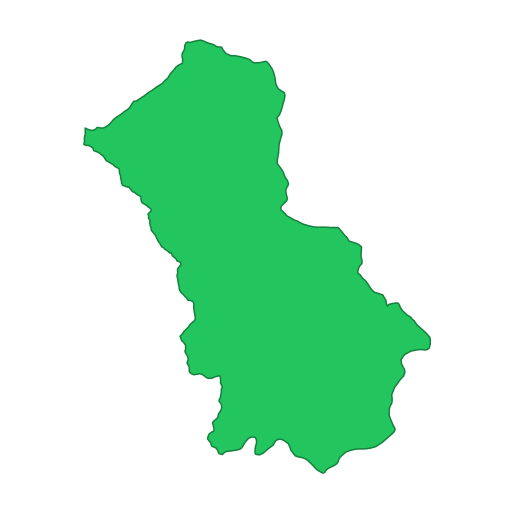 outline of Bjoka, Shemgang, Bhutan, rotated 5°
{"feature_id": "84629894B39816356167412", "entity_name": "Bjoka", "entity_type": "district", "adm_level": 2, "iso_a3": "BTN", "parent_name": "Bhutan", "parent_adm1": "Shemgang", "projection": "natural_earth1", "projection_center": [91.071, 26.964], "detail": "fine", "context": "isolated", "style": "filled", "palette": "green", "viewbox_px": 512, "rotation_deg": 5, "n_neighbors": 0, "source": "geoboundaries", "source_scale": "gbopen_adm2", "svg_char_len": 6085}
<svg xmlns="http://www.w3.org/2000/svg" viewBox="0 0 512 512"><g transform="rotate(5 256 256)"><path d="M74.7,143.6L75.3,149.1L74.8,152.3L74.8,154.6L75.2,156.6L74.8,159.8L75.6,160.3L77.9,160.6L79.7,160.5L82.2,161.6L83.5,162.2L84.4,162.8L84.5,163.7L85.2,165.1L87.3,165.8L89.0,166.2L91.0,167.1L92.3,168.1L94.6,169.4L95.4,170.1L98.6,174.2L102.1,175.6L103.8,176.6L105.4,177.2L107.5,179.0L112.0,181.0L112.3,181.7L112.6,184.3L113.0,185.8L113.9,187.4L114.4,190.1L115.5,193.6L115.7,195.2L116.8,196.9L117.7,197.5L119.2,197.7L120.1,198.1L121.2,198.4L123.8,198.6L124.3,199.4L124.8,200.0L125.7,200.8L126.5,201.8L127.4,202.6L128.0,202.9L129.6,203.2L131.1,204.5L135.0,206.3L136.2,207.4L136.6,210.1L137.4,212.1L138.0,212.9L142.9,215.3L143.9,216.3L145.9,217.5L147.0,218.2L147.6,219.1L147.5,220.0L147.3,220.6L145.9,222.2L144.9,223.4L144.9,224.1L145.5,225.5L145.7,227.7L147.5,230.3L147.2,231.7L147.4,233.1L147.7,233.9L148.1,235.3L148.9,236.5L149.1,237.8L149.3,239.2L154.4,244.7L155.3,246.6L157.2,249.7L159.2,252.0L160.7,254.2L161.5,255.2L163.4,256.0L164.7,257.3L165.6,257.6L167.9,259.0L169.4,260.2L170.0,260.5L170.9,260.2L172.0,261.3L172.3,262.3L172.7,263.1L175.9,265.3L177.1,266.5L177.8,267.8L179.9,268.4L181.4,269.2L181.9,270.2L182.1,271.0L181.3,272.0L180.2,273.9L179.2,275.2L179.0,276.6L179.5,279.9L179.0,281.8L179.1,283.0L179.4,284.1L180.0,285.3L180.2,287.2L181.0,289.2L181.0,290.3L181.8,292.4L182.6,296.0L183.5,297.7L185.4,299.7L186.8,300.5L188.1,302.0L190.0,303.5L191.0,304.5L191.9,305.8L192.9,306.1L194.7,306.1L196.3,306.5L197.7,307.4L198.3,309.5L198.5,312.9L198.7,313.8L199.0,315.4L199.6,317.8L200.6,321.4L201.0,323.9L200.5,325.4L199.8,326.4L198.7,327.3L197.5,328.6L195.8,330.6L195.3,332.1L190.4,337.9L190.1,338.9L189.1,340.4L187.7,342.1L187.4,342.7L189.4,347.0L190.3,347.4L191.7,348.7L193.5,350.8L193.6,351.8L193.8,352.6L194.0,354.9L193.6,356.6L193.6,357.5L194.3,358.7L196.5,361.7L196.7,362.7L197.5,363.9L197.4,365.3L196.8,367.9L196.8,369.1L198.2,370.9L198.8,372.0L199.2,373.3L199.7,377.1L200.3,377.7L201.5,378.7L204.0,379.7L206.8,379.2L210.1,378.2L212.4,378.6L215.4,380.2L217.2,381.5L219.2,382.0L221.5,381.8L222.9,381.5L224.6,380.5L227.0,379.5L229.9,378.5L230.9,379.2L231.7,384.1L231.7,385.8L233.6,388.7L233.8,390.2L233.2,390.8L233.1,392.2L233.3,395.0L232.9,398.6L232.8,400.6L232.2,401.7L231.8,402.5L232.0,404.2L233.5,405.4L234.4,407.0L235.0,409.2L235.0,410.2L234.8,411.8L234.2,413.2L233.6,414.5L232.8,415.7L232.3,417.2L232.2,419.1L232.0,420.1L231.5,420.9L227.5,425.0L227.4,426.5L228.4,429.1L228.6,429.9L229.2,431.7L229.3,432.7L229.2,433.7L228.6,434.5L227.1,435.3L225.4,436.9L224.7,437.7L224.4,438.5L223.9,440.3L223.7,441.8L223.9,442.6L224.4,443.3L225.9,444.9L227.0,445.7L227.3,446.4L227.8,447.9L228.1,448.5L228.7,449.4L231.7,450.3L233.2,451.1L233.9,451.9L234.3,452.5L234.8,453.1L235.2,453.9L235.4,454.6L236.1,455.8L236.7,456.2L239.9,456.7L240.3,456.0L242.8,453.5L248.5,452.3L254.8,450.7L257.1,449.7L258.6,448.2L261.5,442.3L264.0,438.8L266.4,437.0L268.4,436.6L270.6,436.7L271.5,437.4L272.3,438.8L272.8,441.5L272.5,444.2L272.1,445.8L272.0,447.6L272.1,451.6L272.3,452.7L273.0,453.5L274.3,453.7L276.9,453.8L280.6,451.6L284.7,447.2L289.5,443.0L290.5,440.7L291.6,438.5L292.7,437.5L295.3,436.4L298.0,436.6L300.8,437.8L304.4,440.0L306.2,442.9L307.5,446.1L310.1,449.1L312.6,451.7L315.3,452.4L320.1,452.9L322.7,453.7L324.5,454.6L328.7,457.7L334.9,463.3L338.2,465.1L341.1,466.3L342.2,466.3L343.3,465.5L344.7,463.0L346.3,461.4L351.6,458.2L354.3,456.2L355.5,454.5L356.0,452.4L356.7,450.0L359.2,447.0L363.0,443.2L367.8,441.1L372.5,439.6L381.8,438.6L387.4,437.2L392.0,435.4L397.7,431.0L408.4,419.9L409.1,418.5L409.5,417.4L409.6,416.3L409.3,415.4L407.2,412.5L402.7,403.6L402.2,400.0L402.1,397.9L402.3,396.1L402.7,394.0L404.1,390.7L404.2,388.6L404.0,385.5L403.4,383.7L403.4,381.8L405.7,374.4L408.2,370.6L409.7,367.8L411.3,365.4L413.5,362.7L413.8,361.4L414.3,360.2L414.4,358.7L414.2,357.4L413.6,355.6L413.0,354.9L410.5,351.0L409.5,346.9L411.1,343.6L412.7,341.2L418.6,337.3L424.8,335.4L428.3,334.8L432.5,334.9L434.8,334.3L436.6,332.6L437.3,328.6L437.0,325.5L436.3,321.8L435.4,321.1L431.8,317.6L422.4,310.6L419.1,306.7L416.6,304.9L415.6,303.5L411.6,301.6L406.3,297.4L404.7,295.2L402.1,290.9L400.3,290.4L396.3,291.4L392.7,292.6L391.2,294.2L390.1,292.3L389.5,289.6L388.3,287.4L386.6,285.2L386.3,284.4L385.6,283.7L379.5,282.2L378.0,282.1L376.5,281.3L373.5,278.9L369.8,274.0L367.5,271.3L363.8,268.6L361.4,265.7L359.3,264.3L358.7,263.5L358.8,261.9L359.3,259.1L360.3,256.7L362.2,254.2L362.0,251.3L360.6,247.2L360.3,237.7L359.6,237.1L356.9,235.4L354.5,234.6L347.4,233.0L344.7,229.3L342.5,227.6L336.4,221.3L334.8,220.5L330.1,220.9L327.5,221.2L324.6,221.1L320.0,221.4L315.7,221.9L311.0,222.0L309.3,221.7L305.6,221.3L303.5,220.8L300.4,220.2L296.8,218.9L295.1,217.9L291.3,216.9L285.4,214.2L283.3,213.3L282.3,212.7L281.6,211.5L278.3,208.9L276.7,207.5L276.5,205.9L277.0,204.0L281.8,198.2L282.3,196.2L280.7,191.5L280.0,188.7L280.1,186.4L281.5,183.6L282.1,181.4L281.7,180.2L281.0,178.7L279.7,176.6L278.5,175.8L275.6,169.7L272.5,165.8L269.3,162.4L268.9,160.1L268.9,158.0L269.5,151.6L269.3,142.9L270.5,135.4L271.3,132.5L270.8,128.8L268.2,124.7L266.6,121.1L265.5,118.4L264.7,116.9L267.1,113.2L268.5,108.6L270.6,97.3L270.8,94.6L270.8,93.2L270.0,90.9L263.6,87.5L260.8,83.1L259.4,76.9L257.7,72.1L256.1,68.7L252.0,63.5L249.8,61.6L248.5,61.2L246.7,61.9L242.8,63.0L238.3,63.7L235.8,63.3L233.5,61.5L231.9,60.6L227.8,59.6L222.8,58.8L217.8,58.3L213.4,58.6L208.4,56.9L205.3,53.6L204.2,51.9L203.5,51.0L198.7,50.9L195.6,49.2L189.0,47.8L185.0,46.4L182.0,45.7L175.7,47.5L171.9,49.0L169.2,48.8L167.7,49.7L166.7,52.5L166.8,55.9L166.1,58.0L164.8,60.7L164.9,63.7L165.9,66.6L165.8,70.4L162.5,72.4L159.8,74.8L157.8,77.9L154.7,82.0L152.5,86.6L149.9,89.1L147.6,92.3L142.1,96.4L137.5,100.5L135.7,101.6L130.7,106.2L124.9,110.7L123.1,112.1L120.8,112.5L118.9,115.7L117.4,118.9L115.4,121.2L112.4,123.5L109.9,125.9L107.6,127.9L105.9,129.0L102.3,132.3L98.8,137.3L95.4,140.3L93.0,141.6L91.2,142.1L90.4,141.9L86.5,141.8L85.3,143.5L83.6,144.7L81.1,145.2L79.3,144.9L76.8,144.3L75.6,143.7L74.7,143.6Z" fill="#22c55e" stroke="#15803d" stroke-width="1.5"/></g></svg>